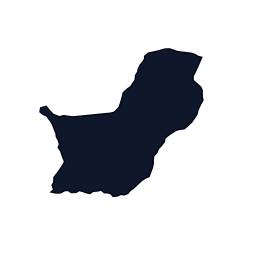 the district of Indiana, São Paulo, Brazil, rotated 245°
{"feature_id": "56859067B42433068505408", "entity_name": "Indiana", "entity_type": "district", "adm_level": 2, "iso_a3": "BRA", "parent_name": "Brazil", "parent_adm1": "São Paulo", "projection": "albers", "projection_center": [-51.261, -22.133], "detail": "fine", "context": "isolated", "style": "filled", "palette": "ink", "viewbox_px": 256, "rotation_deg": 245, "n_neighbors": 0, "source": "geoboundaries", "source_scale": "gbopen_adm2", "svg_char_len": 1548}
<svg xmlns="http://www.w3.org/2000/svg" viewBox="0 0 256 256"><g transform="rotate(245 128 128)"><path d="M102.5,31.3L99.7,35.0L97.7,39.5L98.0,44.4L96.5,47.7L93.6,49.1L91.6,53.8L92.1,57.3L89.7,60.2L87.3,62.5L84.7,65.8L85.4,69.6L83.8,73.9L83.0,77.6L79.4,79.2L77.9,82.3L75.7,84.7L72.3,85.7L71.0,89.6L70.9,93.4L69.0,96.5L68.8,100.2L70.3,103.2L71.1,107.2L73.1,113.3L74.7,118.4L75.3,123.0L75.1,126.5L79.5,131.0L81.9,133.4L85.7,136.2L88.5,137.3L91.6,139.3L93.7,143.9L96.4,146.8L98.0,150.9L100.2,155.1L103.1,157.0L104.2,160.9L104.9,164.9L105.6,170.1L105.2,173.8L103.6,178.6L104.7,183.0L106.6,188.5L111.2,196.1L114.7,198.9L118.8,203.8L121.6,207.7L124.9,208.4L128.2,209.9L131.1,211.1L134.2,211.2L137.7,209.7L140.8,208.4L143.5,207.1L147.6,208.9L150.3,212.4L152.3,214.8L154.4,217.3L157.4,220.7L160.9,224.7L163.0,221.9L166.2,219.8L168.5,217.5L173.0,210.5L174.7,207.5L176.6,204.8L182.1,199.1L184.0,194.6L184.8,189.1L185.9,183.7L187.2,178.1L186.0,173.5L183.2,172.0L181.6,169.2L180.0,165.9L177.3,162.4L174.6,160.5L172.5,157.2L168.4,154.8L166.5,151.3L164.3,148.0L163.5,143.4L161.9,138.6L158.0,135.6L154.3,132.3L150.6,128.8L149.2,125.5L148.1,122.2L148.7,118.6L161.3,82.7L163.4,79.3L166.4,74.8L167.0,70.7L172.1,65.8L177.9,64.0L182.3,62.9L183.1,57.4L179.8,55.1L176.6,56.6L173.3,59.5L169.3,60.2L166.1,60.9L162.4,61.1L157.7,60.7L153.5,60.5L150.3,59.4L146.3,59.7L142.3,59.1L139.8,56.6L135.8,57.3L130.6,56.7L124.2,56.3L121.8,53.1L119.3,49.0L116.6,44.2L114.5,40.1L110.3,37.9L108.1,35.0L103.5,34.7L102.5,31.3Z" fill="#0f172a" stroke="#020617" stroke-width="1.5"/></g></svg>